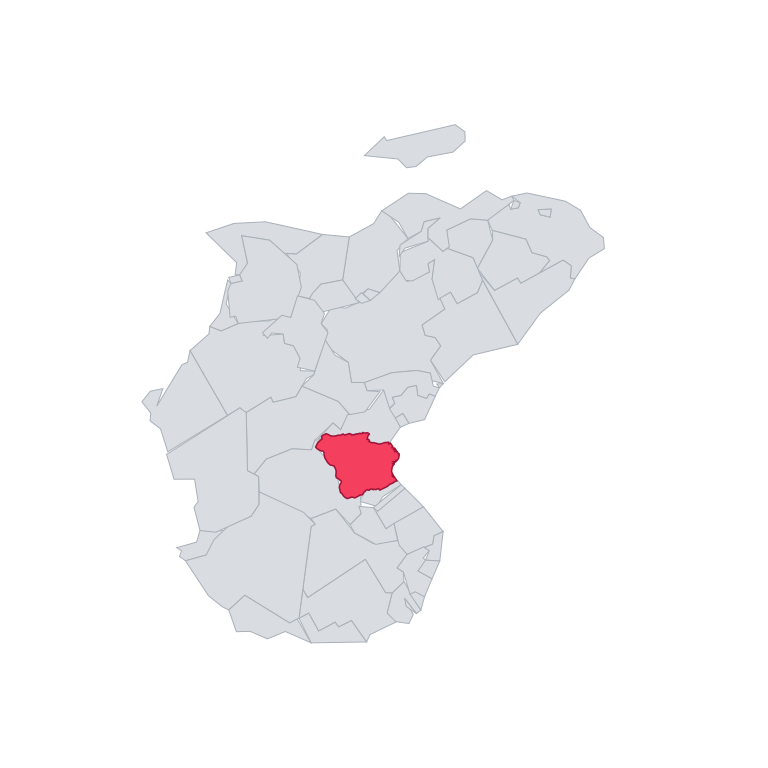 Nigeria on a map of Africa (Robinson projection), rotated 240°
{"feature_id": "NGA", "entity_name": "Nigeria", "entity_type": "country or territory", "adm_level": 0, "iso_a3": "NGA", "parent_name": "Africa", "parent_adm1": "", "projection": "robinson", "projection_center": [7.751, 9.075], "detail": "medium", "context": "in_parent", "style": "filled", "palette": "rose", "viewbox_px": 768, "rotation_deg": 240, "n_neighbors": 49, "source": "natural_earth", "source_scale": "50m", "svg_char_len": 12032}
<svg xmlns="http://www.w3.org/2000/svg" viewBox="0 0 768 768"><g transform="rotate(240 384 384)"><path d="M494.8,400.2L528.7,427.4L528.1,455.2L535.1,468.6L529.9,472.8L498.0,477.4L493.0,462.0L473.9,454.2L466.8,440.9L465.2,426.1L474.3,417.8L472.3,401.6L494.8,400.2Z" fill="#d9dde1" stroke="#a8b0b8" stroke-width="1"/><path d="M223.7,193.3L223.3,204.4L202.8,204.0L202.3,222.7L196.4,223.3L195.5,237.6L169.3,240.0L196.3,191.4L223.7,193.3Z" fill="#d9dde1" stroke="#a8b0b8" stroke-width="1"/><path d="M465.2,426.1L473.9,454.2L461.0,455.5L458.3,479.4L466.2,482.2L466.5,490.1L450.6,478.0L418.5,474.2L416.0,446.5L405.5,444.0L398.6,451.6L388.6,452.2L381.4,436.2L354.7,435.6L363.8,426.1L370.2,429.6L379.4,419.1L389.9,396.4L395.7,362.6L401.6,356.6L420.6,363.9L441.4,354.9L452.5,355.1L459.3,362.0L467.6,359.7L477.1,377.2L468.8,388.9L465.2,426.1Z" fill="#d9dde1" stroke="#a8b0b8" stroke-width="1"/><path d="M544.2,405.6L540.3,373.0L547.6,362.4L565.8,356.8L583.5,334.9L556.9,326.3L549.4,316.1L553.0,309.6L562.7,317.1L603.9,305.5L598.1,334.3L583.7,362.5L544.2,405.6Z" fill="#d9dde1" stroke="#a8b0b8" stroke-width="1"/><path d="M528.7,427.4L494.8,400.2L502.0,379.4L495.3,362.3L503.5,353.1L521.8,367.0L545.8,364.7L540.3,373.0L544.2,405.6L528.7,427.4Z" fill="#d9dde1" stroke="#a8b0b8" stroke-width="1"/><path d="M434.2,333.2L429.3,330.0L427.1,327.9L427.6,319.7L417.0,301.4L423.6,278.8L429.1,279.4L428.1,247.3L435.4,247.3L435.0,232.7L509.9,232.7L514.9,257.4L521.0,261.9L511.4,269.5L508.5,294.3L496.2,315.7L494.6,329.9L486.2,303.9L477.7,321.7L468.9,318.2L462.4,324.7L448.2,324.2L437.3,318.3L429.8,330.4L434.2,333.2Z" fill="#d9dde1" stroke="#a8b0b8" stroke-width="1"/><path d="M428.1,250.4L429.1,279.4L423.6,278.8L417.0,301.4L423.1,312.0L391.8,335.7L374.6,339.1L366.0,323.6L375.7,320.4L369.9,296.0L363.2,288.4L373.9,271.9L377.8,244.5L370.9,226.4L377.2,222.4L428.1,250.4Z" fill="#d9dde1" stroke="#a8b0b8" stroke-width="1"/><path d="M379.6,601.9L382.6,598.3L392.7,605.3L401.7,601.0L402.4,574.1L408.2,589.1L412.7,588.4L423.7,577.7L438.4,579.3L462.9,554.5L474.0,555.7L478.0,571.2L476.9,581.9L472.0,581.1L469.4,588.5L472.9,592.5L482.8,588.5L478.0,603.2L451.6,632.5L436.2,641.1L416.7,640.5L401.1,647.3L391.0,642.5L390.6,624.4L379.6,601.9ZM457.9,604.6L452.4,603.9L445.4,611.4L451.9,616.2L457.9,604.6Z" fill="#d9dde1" stroke="#a8b0b8" stroke-width="1"/><path d="M457.9,604.6L451.9,616.2L445.4,611.4L452.4,603.9L457.9,604.6Z" fill="#d9dde1" stroke="#a8b0b8" stroke-width="1"/><path d="M474.0,555.7L454.2,550.1L437.5,522.8L448.8,524.2L469.8,506.5L485.9,515.3L483.8,541.5L474.0,555.7Z" fill="#d9dde1" stroke="#a8b0b8" stroke-width="1"/><path d="M462.9,554.5L438.4,579.3L423.7,577.7L412.7,588.4L408.2,589.1L402.4,574.1L402.8,552.8L409.0,552.5L409.7,526.5L437.5,522.8L454.2,550.1L462.9,554.5Z" fill="#d9dde1" stroke="#a8b0b8" stroke-width="1"/><path d="M402.8,552.8L401.7,601.0L392.7,605.3L382.6,598.3L379.6,601.9L372.7,591.0L367.2,554.7L351.5,519.6L436.3,521.6L409.7,526.5L409.0,552.5L402.8,552.8Z" fill="#d9dde1" stroke="#a8b0b8" stroke-width="1"/><path d="M169.8,294.1L164.1,285.8L174.1,273.2L184.0,272.1L199.0,286.6L202.9,302.5L169.8,302.9L168.9,297.3L188.1,294.7L169.8,294.1Z" fill="#d9dde1" stroke="#a8b0b8" stroke-width="1"/><path d="M202.9,302.5L199.0,286.6L202.3,281.0L241.4,280.1L237.1,211.1L246.7,211.0L297.0,249.6L297.0,254.2L304.1,253.5L299.9,279.7L269.9,284.0L251.0,295.0L241.8,317.6L224.9,318.8L218.1,303.5L211.4,306.8L202.9,302.5Z" fill="#d9dde1" stroke="#a8b0b8" stroke-width="1"/><path d="M169.3,240.0L195.5,237.6L196.4,223.3L202.3,222.7L202.8,204.0L223.3,204.4L223.7,193.3L246.7,211.0L237.1,211.1L241.4,280.1L202.3,281.0L199.0,286.6L184.0,272.1L171.9,275.5L174.0,246.6L169.3,240.0Z" fill="#d9dde1" stroke="#a8b0b8" stroke-width="1"/><path d="M293.6,347.6L288.3,348.5L287.1,326.7L281.4,316.9L294.8,304.0L300.8,314.9L293.9,331.2L293.6,347.6Z" fill="#d9dde1" stroke="#a8b0b8" stroke-width="1"/><path d="M370.9,226.4L377.8,244.5L373.9,271.9L363.2,288.4L369.9,296.0L367.3,302.2L360.3,294.1L334.3,299.7L311.4,292.1L302.9,294.5L299.7,308.2L283.1,299.5L279.1,284.3L299.9,279.7L304.1,253.5L352.9,222.0L366.5,229.1L370.9,226.4Z" fill="#d9dde1" stroke="#a8b0b8" stroke-width="1"/><path d="M369.3,299.4L375.7,320.4L366.0,323.6L375.6,337.1L369.5,358.8L379.0,380.7L338.4,376.6L330.9,360.5L332.7,353.3L341.4,341.9L351.9,342.3L369.3,299.4Z" fill="#d9dde1" stroke="#a8b0b8" stroke-width="1"/><path d="M282.3,313.0L288.3,348.5L283.1,350.0L276.2,315.1L282.3,313.0Z" fill="#d9dde1" stroke="#a8b0b8" stroke-width="1"/><path d="M276.6,312.9L283.1,350.0L257.9,356.8L257.6,313.3L276.6,312.9Z" fill="#d9dde1" stroke="#a8b0b8" stroke-width="1"/><path d="M224.9,318.8L236.7,316.5L258.3,322.9L257.9,356.8L226.6,361.4L227.6,351.6L221.0,346.1L224.9,318.8Z" fill="#d9dde1" stroke="#a8b0b8" stroke-width="1"/><path d="M188.9,301.4L211.4,306.8L218.1,303.5L224.9,318.8L223.1,337.2L217.1,339.9L213.7,331.0L208.9,332.4L205.1,320.0L191.3,328.3L179.5,312.7L188.9,301.4Z" fill="#d9dde1" stroke="#a8b0b8" stroke-width="1"/><path d="M169.8,302.9L188.9,301.4L188.5,307.1L179.5,312.7L169.8,302.9Z" fill="#d9dde1" stroke="#a8b0b8" stroke-width="1"/><path d="M222.1,337.2L221.0,346.1L227.6,351.6L226.6,361.4L202.8,343.8L210.7,331.9L217.1,339.9L222.1,337.2Z" fill="#d9dde1" stroke="#a8b0b8" stroke-width="1"/><path d="M191.3,328.3L205.1,320.0L210.7,331.9L202.8,343.8L191.3,328.3Z" fill="#d9dde1" stroke="#a8b0b8" stroke-width="1"/><path d="M241.8,317.6L249.2,296.7L269.9,284.0L279.1,284.3L283.1,299.5L290.5,301.1L282.3,313.0L257.6,313.3L258.3,322.9L241.8,317.6Z" fill="#d9dde1" stroke="#a8b0b8" stroke-width="1"/><path d="M452.5,355.1L433.4,356.0L420.6,363.9L401.6,356.6L395.1,367.7L386.6,366.1L379.4,376.7L369.4,353.5L374.6,339.1L391.8,335.7L423.1,312.0L427.1,327.9L452.5,355.1Z" fill="#d9dde1" stroke="#a8b0b8" stroke-width="1"/><path d="M395.1,367.7L389.9,396.4L379.4,419.1L370.2,429.6L357.5,425.7L353.0,430.1L347.7,422.3L352.6,418.3L350.2,413.5L357.3,407.5L366.4,411.3L369.2,403.0L365.5,393.0L368.2,384.6L361.8,383.7L360.5,376.7L379.0,380.7L386.6,366.1L395.1,367.7Z" fill="#d9dde1" stroke="#a8b0b8" stroke-width="1"/><path d="M348.9,376.8L359.7,376.4L361.8,383.7L368.2,384.6L365.5,393.0L369.2,403.0L366.4,411.3L357.3,407.5L350.2,413.5L352.6,418.3L347.7,422.3L332.9,401.4L337.4,385.9L349.0,385.6L348.9,376.8Z" fill="#d9dde1" stroke="#a8b0b8" stroke-width="1"/><path d="M338.4,376.6L348.9,376.8L349.0,385.6L337.4,385.9L338.4,376.6Z" fill="#d9dde1" stroke="#a8b0b8" stroke-width="1"/><path d="M473.9,454.2L489.7,463.9L485.6,493.4L488.9,495.3L469.4,501.3L469.8,506.5L448.8,524.2L424.5,521.2L416.3,510.7L416.9,487.4L430.2,487.5L429.8,473.1L450.6,478.0L466.5,490.1L466.2,482.2L458.3,479.4L459.1,460.2L462.7,454.7L473.9,454.2Z" fill="#d9dde1" stroke="#a8b0b8" stroke-width="1"/><path d="M486.8,460.7L496.4,467.5L497.6,492.4L504.6,499.9L499.8,515.9L496.7,500.0L485.6,493.4L491.2,470.1L486.8,460.7Z" fill="#d9dde1" stroke="#a8b0b8" stroke-width="1"/><path d="M498.0,477.4L516.6,477.7L535.1,468.6L537.0,500.5L528.0,515.3L497.4,537.7L500.3,569.4L484.5,578.4L482.8,588.5L478.0,588.4L474.0,555.7L483.8,541.5L485.9,515.3L470.2,509.2L469.4,501.3L488.9,495.3L496.7,500.0L499.8,515.9L504.6,499.9L497.6,492.4L498.0,477.4Z" fill="#d9dde1" stroke="#a8b0b8" stroke-width="1"/><path d="M478.0,588.4L472.9,592.5L469.4,588.5L472.0,581.1L478.0,588.4Z" fill="#d9dde1" stroke="#a8b0b8" stroke-width="1"/><path d="M353.0,430.1L357.6,429.7L354.7,435.6L353.0,430.1ZM355.6,437.8L381.4,436.2L388.6,452.2L398.6,451.6L405.5,444.0L416.0,446.5L418.5,474.2L430.4,475.3L430.2,487.5L416.9,487.4L416.3,510.7L424.5,521.2L351.5,519.6L364.6,475.8L355.6,437.8Z" fill="#d9dde1" stroke="#a8b0b8" stroke-width="1"/><path d="M472.6,410.9L474.3,417.8L465.2,426.1L463.2,414.0L472.6,410.9Z" fill="#d9dde1" stroke="#a8b0b8" stroke-width="1"/><path d="M591.6,481.2L598.0,507.9L593.5,508.0L573.0,575.3L562.0,580.2L553.8,575.7L550.4,559.5L558.9,535.2L556.4,520.4L560.0,511.7L572.0,508.5L591.6,481.2Z" fill="#d9dde1" stroke="#a8b0b8" stroke-width="1"/><path d="M168.9,297.3L180.3,292.0L188.1,294.7L168.9,297.3Z" fill="#d9dde1" stroke="#a8b0b8" stroke-width="1"/><path d="M336.9,172.1L324.8,144.4L330.2,123.7L336.8,120.7L340.8,125.3L345.9,122.6L340.8,142.7L349.1,151.4L336.9,172.1Z" fill="#d9dde1" stroke="#a8b0b8" stroke-width="1"/><path d="M223.7,193.3L224.2,182.8L270.6,157.8L265.9,136.6L271.9,132.6L288.3,126.1L330.2,123.7L324.8,144.4L334.2,159.0L338.9,178.5L336.0,202.8L342.2,215.4L352.9,222.0L313.0,250.2L297.0,254.2L297.0,249.6L223.7,193.3Z" fill="#d9dde1" stroke="#a8b0b8" stroke-width="1"/><path d="M509.4,288.0L511.4,269.5L521.0,261.9L527.1,277.1L552.3,300.6L547.6,301.8L532.3,287.3L509.4,288.0Z" fill="#d9dde1" stroke="#a8b0b8" stroke-width="1"/><path d="M196.3,191.4L219.0,174.8L221.6,155.6L236.8,144.3L243.3,132.3L265.9,136.6L270.6,157.8L224.2,182.8L223.9,191.4L196.3,191.4Z" fill="#d9dde1" stroke="#a8b0b8" stroke-width="1"/><path d="M509.9,232.7L435.0,232.7L433.4,162.9L456.8,168.0L469.1,163.0L475.5,167.5L489.6,165.4L494.6,178.0L490.6,190.2L478.4,176.1L501.8,218.7L501.0,224.7L509.9,232.7Z" fill="#d9dde1" stroke="#a8b0b8" stroke-width="1"/><path d="M431.7,160.5L435.4,247.3L428.1,250.4L377.2,222.4L366.5,229.1L342.2,215.4L336.0,202.8L339.7,164.3L349.1,151.4L372.2,157.8L375.2,164.3L396.3,172.4L406.5,154.6L431.7,160.5Z" fill="#d9dde1" stroke="#a8b0b8" stroke-width="1"/><path d="M583.5,334.9L565.8,356.8L531.1,368.3L509.1,360.8L488.2,336.5L509.4,288.0L516.8,289.6L518.7,284.1L542.6,295.1L547.6,301.8L544.2,312.6L550.7,313.5L556.9,326.3L583.5,334.9Z" fill="#d9dde1" stroke="#a8b0b8" stroke-width="1"/><path d="M547.6,301.8L553.9,302.9L550.7,313.5L544.2,312.6L547.6,301.8Z" fill="#d9dde1" stroke="#a8b0b8" stroke-width="1"/><path d="M494.8,400.2L466.9,403.1L477.5,365.7L495.3,362.3L498.3,367.3L502.0,379.4L494.8,400.2Z" fill="#d9dde1" stroke="#a8b0b8" stroke-width="1"/><path d="M472.3,401.6L474.4,410.0L463.2,414.0L465.0,405.1L472.3,401.6Z" fill="#d9dde1" stroke="#a8b0b8" stroke-width="1"/><path d="M474.9,367.7L467.6,359.7L456.4,361.1L429.8,330.4L441.9,317.3L448.2,324.2L462.4,324.7L468.9,318.2L477.7,321.7L484.2,312.4L481.9,305.9L489.2,304.4L494.6,329.9L488.2,336.5L503.5,353.1L491.3,365.6L474.9,367.7Z" fill="#d9dde1" stroke="#a8b0b8" stroke-width="1"/><path d="M363.6,293.3L366.6,297.8L367.4,302.9L369.5,303.5L370.2,304.6L369.9,309.1L367.5,311.0L366.1,311.5L364.3,313.9L363.3,315.9L362.5,319.1L361.6,320.0L361.2,323.5L359.4,324.5L358.6,328.4L358.2,329.5L357.2,330.3L356.1,330.6L355.0,332.8L354.5,335.3L353.6,336.9L353.6,337.9L352.0,340.2L352.6,341.4L350.8,343.0L350.6,344.4L349.7,345.6L348.6,346.2L347.8,346.2L347.1,344.1L344.5,341.7L343.7,343.0L343.3,343.1L342.0,343.0L341.6,342.2L339.2,344.0L338.5,345.6L334.6,349.4L333.8,351.1L332.9,355.4L331.4,358.6L330.6,358.7L329.3,357.5L329.9,359.3L329.7,360.0L325.5,360.3L325.0,360.0L324.8,359.3L324.3,360.0L323.2,360.1L321.8,358.9L322.4,359.6L322.3,360.3L321.4,361.2L320.8,361.2L319.8,358.8L320.0,360.7L320.4,361.4L319.0,361.6L318.6,360.6L318.5,361.6L316.6,361.8L316.6,360.9L316.0,362.1L314.7,361.6L312.2,359.4L310.9,355.9L311.5,355.7L311.0,355.5L310.8,354.9L310.8,354.3L311.7,354.0L312.0,353.3L311.0,353.9L309.8,352.9L311.4,352.3L310.7,352.3L310.6,351.6L309.6,352.4L309.2,352.1L309.1,351.2L307.6,349.3L304.8,347.0L302.9,346.5L298.5,346.4L300.5,345.2L300.2,345.1L298.4,345.7L297.8,346.6L293.7,346.8L294.2,344.3L293.8,342.3L294.3,338.7L293.6,335.8L294.2,327.3L296.0,327.0L296.6,325.3L296.5,324.3L297.8,322.7L297.8,321.9L299.3,321.0L299.5,320.3L299.8,319.1L299.4,318.3L299.6,317.7L300.1,317.2L300.7,317.1L301.0,315.5L300.6,314.7L300.3,312.4L298.9,310.1L299.3,308.4L300.0,307.4L299.7,306.5L299.9,301.8L301.8,300.1L302.4,298.9L303.1,295.1L304.9,293.7L307.5,292.9L310.1,292.9L311.7,292.0L316.9,293.6L318.8,295.4L320.1,297.6L321.0,298.3L321.7,298.4L322.5,297.8L323.7,297.6L326.7,295.9L328.4,296.3L332.6,299.1L335.5,299.7L338.1,299.8L340.8,296.9L343.6,296.0L349.6,295.8L353.3,297.0L354.1,297.7L356.3,297.7L357.5,296.0L358.9,295.1L361.8,293.5L363.6,293.3ZM323.3,361.0L322.7,361.3L322.2,361.2L322.8,360.3L323.5,360.5L323.3,361.0Z" fill="#f43f5e" stroke="#9f1239" stroke-width="1.5"/></g></svg>